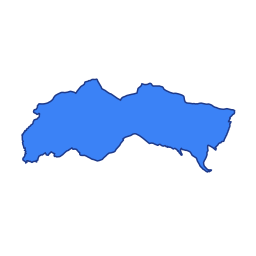 outline of Vadu Izei, Maramures, Romania, rotated 354°
{"feature_id": "2599482B57723077466528", "entity_name": "Vadu Izei", "entity_type": "district", "adm_level": 2, "iso_a3": "ROU", "parent_name": "Romania", "parent_adm1": "Maramures", "projection": "equal_earth", "projection_center": [23.953, 47.876], "detail": "fine", "context": "isolated", "style": "filled", "palette": "blue", "viewbox_px": 256, "rotation_deg": 354, "n_neighbors": 0, "source": "geoboundaries", "source_scale": "gbopen_adm2", "svg_char_len": 5733}
<svg xmlns="http://www.w3.org/2000/svg" viewBox="0 0 256 256"><g transform="rotate(354 128 128)"><path d="M89.3,155.4L90.6,155.8L94.0,157.5L94.4,157.5L96.2,157.3L99.2,156.5L100.7,155.1L103.5,153.1L104.1,152.5L106.4,151.0L109.1,150.8L110.3,150.6L111.3,150.4L112.2,150.0L112.8,149.6L113.9,148.0L117.9,144.4L119.2,142.4L122.1,139.6L122.2,139.2L121.8,138.5L122.0,138.2L124.3,136.9L130.0,135.7L132.3,134.6L133.8,134.4L134.7,134.5L135.7,134.9L138.6,136.8L141.6,139.5L147.6,145.6L149.6,145.4L151.4,145.8L152.9,146.8L155.7,148.3L156.0,148.3L157.0,147.7L157.5,147.6L158.5,147.8L159.2,148.7L160.2,149.3L160.9,149.6L161.8,149.7L162.9,149.4L163.4,149.7L163.9,150.5L164.1,150.6L164.7,150.6L165.0,150.4L165.3,150.6L165.3,151.2L165.5,151.3L166.2,151.0L167.0,151.4L168.3,151.6L169.4,152.4L170.7,153.5L171.0,153.6L172.1,153.2L172.5,153.2L172.8,153.3L173.7,154.2L174.2,154.4L174.4,154.7L174.5,155.1L175.1,156.2L175.5,156.3L175.6,156.1L175.8,156.1L176.3,157.9L176.7,158.4L177.1,158.6L177.3,158.8L177.3,159.2L177.7,159.9L178.1,160.5L178.3,160.6L178.8,160.5L178.9,160.2L179.0,159.7L178.8,159.3L178.4,158.6L178.2,157.8L177.8,155.4L178.5,154.2L178.9,153.9L179.8,155.1L180.5,155.2L183.0,156.2L184.1,156.4L185.1,156.9L186.9,158.0L187.5,158.7L188.3,160.2L188.6,161.2L189.1,162.0L192.6,164.8L193.0,165.4L193.6,168.2L195.1,171.5L195.6,173.1L196.1,174.0L197.0,175.0L198.3,176.8L199.6,177.7L201.4,179.5L202.6,180.0L203.1,179.4L204.3,179.9L204.9,179.6L206.3,179.0L206.5,178.6L206.1,178.3L204.2,178.2L203.2,177.8L202.3,177.1L201.4,175.9L199.9,173.9L199.5,172.3L199.5,170.7L199.6,170.0L200.8,168.0L201.6,167.0L202.8,165.0L203.8,162.8L203.9,160.7L204.2,160.2L205.1,159.0L205.2,158.6L205.1,156.0L205.3,155.2L205.3,154.2L205.6,153.7L206.1,153.6L206.6,153.8L208.0,154.7L210.4,156.5L212.7,158.9L212.9,159.0L213.1,158.9L213.5,157.4L212.7,156.5L215.4,154.4L216.6,152.9L217.7,152.4L218.7,152.4L219.8,151.3L221.7,151.2L222.0,150.9L222.7,149.3L224.4,146.7L224.6,146.1L225.5,145.1L225.8,144.1L226.8,142.5L227.6,140.5L227.9,140.4L228.6,138.4L229.3,137.5L229.7,135.6L229.5,135.0L229.6,134.6L230.6,133.6L231.0,132.7L230.4,132.5L228.7,132.2L228.8,131.6L229.4,131.1L230.5,129.2L230.2,129.1L230.2,128.7L230.8,127.9L231.6,127.2L232.2,126.9L233.5,125.6L234.9,125.0L235.4,124.3L235.6,123.6L235.5,123.0L235.7,122.5L235.8,121.8L234.4,120.9L232.7,120.6L228.4,119.1L225.2,119.4L223.4,119.1L221.2,118.5L219.5,117.8L218.2,117.0L216.3,116.3L214.9,115.2L213.6,114.0L211.6,112.9L210.3,112.5L209.6,112.6L208.3,112.5L203.4,110.9L201.9,110.9L199.3,111.3L198.7,111.1L197.6,111.1L196.2,110.6L194.8,110.6L192.3,109.9L190.0,109.5L188.8,109.1L187.8,108.2L187.5,107.9L187.1,106.1L186.9,102.8L186.7,102.3L186.3,101.8L185.4,101.1L184.1,100.4L181.6,99.3L179.5,98.6L178.4,98.4L176.9,98.4L176.3,98.2L173.3,96.9L169.8,94.8L168.4,93.7L167.7,93.0L167.2,91.6L166.9,91.1L166.3,90.6L165.7,90.4L163.2,89.4L162.8,89.5L159.9,89.1L157.4,88.9L156.5,88.0L155.8,86.6L155.3,86.2L154.7,85.9L154.0,85.9L152.2,86.6L151.0,86.7L149.2,86.6L146.5,85.5L145.8,86.9L144.9,87.9L142.7,89.3L142.1,89.8L140.6,94.1L140.4,94.2L137.5,94.7L135.1,94.9L130.2,95.6L128.0,96.4L127.0,96.6L126.0,96.9L125.1,97.4L124.7,98.0L124.1,98.4L123.8,98.9L123.5,99.5L120.6,97.5L116.7,94.1L114.7,92.4L113.3,91.8L111.4,90.3L109.2,88.3L106.1,86.2L105.6,84.4L102.8,78.2L102.5,76.9L102.0,76.2L100.5,76.3L97.8,76.0L97.3,76.0L96.1,76.5L95.5,76.9L94.1,76.8L93.1,77.3L90.5,77.7L90.0,77.9L89.2,79.7L88.8,80.1L87.8,80.7L86.1,81.5L85.2,82.1L81.3,86.0L80.5,87.1L79.7,87.9L79.1,87.4L77.9,86.7L75.0,85.6L74.3,85.5L72.1,86.0L71.1,86.1L68.9,86.2L67.0,85.8L65.9,85.7L65.0,85.8L61.8,86.9L59.7,87.8L58.8,88.4L58.1,89.1L57.1,90.3L56.7,91.1L55.7,92.1L53.7,93.5L52.9,93.8L52.1,94.1L50.8,94.7L49.0,95.0L46.8,95.2L45.1,95.1L42.3,94.7L42.0,94.7L40.2,96.5L40.1,97.9L39.8,98.4L38.7,99.7L38.4,99.9L37.0,100.0L36.6,100.2L36.2,100.8L35.8,101.7L35.8,102.3L36.0,102.7L36.6,103.2L37.9,103.9L38.8,104.9L39.3,104.9L39.8,104.8L40.9,104.2L41.2,104.3L41.4,104.4L41.5,104.7L41.1,106.4L41.0,107.3L40.9,107.6L39.1,108.9L38.5,109.6L37.0,109.8L35.5,110.2L34.4,111.9L34.0,113.3L33.6,113.9L33.1,114.3L31.8,114.9L31.2,115.8L29.7,116.4L29.5,116.6L28.9,117.6L28.5,117.9L27.7,118.0L27.0,118.7L26.8,119.6L26.4,119.7L25.7,119.8L25.2,119.9L25.1,120.2L25.2,120.7L25.1,120.9L24.2,121.2L23.5,122.4L22.9,122.8L22.8,123.3L22.7,123.5L22.2,123.5L22.3,124.1L22.2,124.3L21.9,124.4L22.0,125.3L21.8,127.1L21.8,127.5L21.7,128.6L21.7,129.0L22.4,130.3L21.7,131.0L21.6,131.5L21.8,132.5L21.7,133.0L22.2,135.0L22.4,136.9L22.5,137.2L22.9,137.4L23.6,137.3L23.4,138.7L23.5,139.1L23.1,139.5L23.4,139.6L23.6,139.7L23.7,140.7L23.9,140.9L23.8,141.1L23.4,141.4L23.3,141.8L23.5,142.4L23.8,142.8L22.7,143.3L22.8,143.7L22.8,144.0L22.6,144.3L22.3,145.2L21.6,145.9L21.5,146.3L21.3,146.5L20.9,146.6L20.6,146.9L20.3,147.5L20.2,148.2L20.2,148.7L20.4,148.9L20.6,149.4L21.2,149.7L22.6,151.0L22.7,151.7L22.8,152.0L23.4,151.5L24.0,151.3L24.1,150.0L25.1,150.1L26.2,150.9L27.2,150.9L27.7,151.2L28.1,151.7L28.9,152.1L29.6,151.9L29.9,151.7L30.0,151.5L31.2,151.4L31.9,151.4L32.3,151.6L33.3,151.9L33.6,152.1L33.7,151.9L33.4,151.3L33.4,150.8L34.4,150.7L35.0,150.4L35.2,149.2L36.4,146.8L38.5,145.8L38.9,145.7L40.2,145.8L40.7,145.4L43.1,144.1L43.7,145.3L44.0,146.2L45.1,146.6L45.4,146.6L45.8,146.7L47.0,145.3L48.3,144.4L49.1,143.7L51.5,145.5L52.3,145.8L51.7,147.4L51.8,148.3L52.0,148.6L53.1,148.6L53.9,149.2L54.8,149.3L57.1,149.3L57.6,149.1L60.2,147.7L62.5,145.9L64.5,144.5L66.7,143.9L66.9,143.5L67.5,143.3L70.1,142.0L70.8,143.1L71.2,143.4L71.6,143.4L72.2,143.2L72.5,143.4L73.5,143.5L74.7,144.0L74.9,144.3L75.1,145.0L75.8,145.7L76.4,146.8L77.1,147.1L77.3,147.3L77.3,148.9L77.6,149.7L78.2,150.2L78.6,150.3L80.5,150.6L81.7,150.6L82.8,151.1L83.7,151.6L85.6,153.0L86.4,153.4L88.5,155.0L89.3,155.4Z" fill="#3b82f6" stroke="#1e3a8a" stroke-width="1.5"/></g></svg>